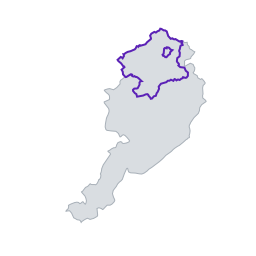 location of Niederösterreich within Austria, rotated 311°
{"feature_id": "AUT-2330", "entity_name": "Niederösterreich", "entity_type": "State", "adm_level": 1, "iso_a3": "AUT", "parent_name": "Austria", "parent_adm1": "", "projection": "mercator", "projection_center": [15.834, 48.226], "detail": "medium", "context": "in_parent", "style": "outline", "palette": "violet", "viewbox_px": 256, "rotation_deg": 311, "n_neighbors": 0, "source": "natural_earth", "source_scale": "10m", "svg_char_len": 5087}
<svg xmlns="http://www.w3.org/2000/svg" viewBox="0 0 256 256"><g transform="rotate(311 128 128)"><path d="M24.6,146.0L26.8,141.2L27.2,138.2L25.3,136.4L24.5,135.9L25.2,135.5L27.9,135.8L29.7,134.8L30.6,133.8L33.0,134.7L36.6,136.6L38.3,137.9L39.0,138.9L39.4,139.7L39.2,141.1L40.0,141.7L41.7,141.9L42.8,142.3L42.5,144.2L42.4,145.7L43.9,145.5L45.9,144.3L47.4,142.2L48.4,140.2L49.1,135.2L49.3,134.8L50.5,135.2L55.3,134.9L57.5,135.9L61.1,136.0L61.1,136.8L61.7,138.0L63.3,139.8L64.0,140.9L65.7,141.1L68.3,140.5L69.8,139.8L70.3,140.3L72.7,139.8L74.7,138.4L75.2,137.3L77.3,136.6L80.2,134.8L84.0,133.5L96.8,132.0L97.3,130.9L97.1,128.4L97.4,128.0L99.0,128.7L101.6,129.3L103.6,130.1L104.8,131.3L106.0,131.4L107.9,130.5L110.4,130.0L112.7,131.2L113.3,132.5L112.9,133.2L113.0,134.3L113.7,135.1L115.6,136.6L118.0,137.8L119.3,137.7L119.7,136.5L120.2,133.6L120.4,130.6L119.8,128.8L118.5,128.4L116.9,128.3L116.1,127.9L116.4,126.9L117.6,124.4L117.6,121.1L114.8,117.3L112.4,113.6L112.4,112.3L113.8,110.1L116.1,108.4L121.1,105.4L122.7,104.8L124.7,104.3L127.7,103.1L129.1,101.9L130.0,100.6L131.4,93.6L131.7,93.3L132.1,92.9L137.2,95.3L137.7,94.9L138.5,94.5L140.2,92.7L140.6,91.3L140.5,88.6L140.7,86.1L141.0,85.3L141.8,85.6L144.0,86.9L145.7,88.3L147.4,92.0L151.2,93.0L156.0,93.1L157.7,91.5L159.3,91.1L161.1,91.6L164.8,92.2L165.2,89.2L167.4,86.1L168.4,85.0L171.1,85.1L171.8,82.8L172.4,76.3L173.0,75.6L175.0,75.7L177.0,76.9L177.6,77.9L178.6,77.8L180.1,77.1L181.6,76.7L184.1,77.4L189.5,80.3L192.2,81.4L194.0,81.2L195.6,81.3L201.9,85.8L206.3,86.4L210.3,86.4L211.6,85.1L213.3,83.9L215.1,84.1L216.7,84.7L219.7,86.6L221.1,87.1L223.0,87.4L224.4,87.9L225.6,91.3L226.2,92.2L226.1,92.6L226.0,94.2L224.9,96.1L223.8,98.6L223.9,100.9L226.8,108.6L229.4,113.3L229.8,115.0L231.5,116.4L229.9,118.1L229.6,120.7L228.6,121.8L228.3,123.2L228.8,124.6L228.8,126.2L229.3,128.5L226.8,129.0L223.8,128.9L222.7,129.0L221.7,129.6L220.7,129.3L217.9,127.2L216.4,126.7L215.3,126.9L214.5,127.8L213.1,129.0L211.8,129.8L212.1,130.5L217.7,132.5L218.7,135.4L217.6,137.8L217.3,138.9L216.0,139.9L214.3,140.7L212.4,140.9L212.2,142.2L212.9,145.9L212.3,146.7L211.7,147.9L212.3,151.0L213.5,151.2L213.7,151.9L213.5,153.2L213.3,154.5L212.9,155.9L212.7,156.6L211.9,157.0L209.4,156.8L207.2,158.0L202.9,162.3L201.4,163.0L199.7,164.7L199.8,168.5L199.6,168.9L199.2,169.6L194.0,168.3L193.8,168.3L190.4,168.8L188.0,170.5L185.1,171.5L179.1,171.0L173.2,171.7L171.8,172.2L170.3,172.5L168.9,173.5L168.1,174.9L166.6,176.7L164.5,178.1L162.3,179.2L161.7,180.1L161.0,180.6L159.7,179.9L158.7,180.0L157.4,179.5L153.3,179.0L148.7,178.2L146.6,177.4L144.1,176.7L141.5,176.2L139.1,176.1L137.9,175.9L132.2,174.5L128.4,174.4L123.5,173.8L113.6,171.7L110.7,170.8L108.0,170.6L104.7,169.8L102.3,168.6L100.7,166.4L99.0,163.4L95.9,159.4L95.3,157.4L96.2,155.7L97.2,154.4L97.1,153.8L96.3,153.6L90.9,155.3L85.6,157.4L83.6,157.4L81.6,157.0L78.9,156.9L76.3,157.5L71.2,157.8L68.2,159.4L66.3,162.4L65.2,164.9L64.4,165.7L62.6,166.0L59.9,165.8L58.0,165.1L56.1,162.9L53.2,162.7L50.4,162.6L49.7,162.2L49.8,160.8L48.7,158.3L46.9,157.4L42.3,162.3L41.0,162.7L37.3,161.4L34.1,159.3L33.7,157.8L33.2,156.5L30.5,155.4L27.1,154.5L26.0,154.6L26.4,153.8L26.8,152.6L26.6,151.6L25.8,150.5L25.3,149.4L25.2,148.4L25.0,147.5L24.8,146.7L24.6,146.0Z" fill="#d9dde1" stroke="#a8b0b8" stroke-width="1"/><path d="M172.6,75.4L176.9,75.9L177.2,77.1L177.1,78.2L179.7,77.7L180.7,76.2L181.0,76.7L182.9,76.9L185.4,77.9L187.4,79.4L191.7,81.5L192.9,81.6L195.4,80.9L195.8,81.8L197.3,82.2L197.0,82.5L197.6,82.5L197.9,83.1L198.5,83.2L198.5,83.6L202.7,86.3L205.2,86.1L210.1,86.9L210.8,86.5L212.2,84.1L214.5,83.7L217.8,84.8L218.3,86.4L218.7,86.6L220.2,86.7L222.1,87.7L224.1,87.2L224.7,88.2L225.1,90.9L226.0,92.0L226.3,93.9L223.8,98.0L223.3,101.7L224.9,102.8L224.8,103.8L225.3,104.8L226.3,105.5L227.0,110.1L228.8,111.3L229.2,112.1L228.4,112.6L227.4,112.3L227.1,112.7L227.0,114.2L226.5,114.8L224.8,113.7L224.2,113.8L221.4,115.4L220.2,115.7L219.5,116.3L218.8,117.8L215.9,119.9L213.1,119.3L210.5,121.0L210.1,121.8L209.8,124.2L209.2,124.9L208.2,125.0L208.2,127.5L210.6,131.0L209.1,134.0L209.2,136.8L206.6,139.0L204.4,139.1L203.4,138.3L202.5,136.2L201.4,136.6L200.3,135.9L198.1,135.5L197.4,133.9L195.7,133.3L195.8,131.9L195.4,131.0L193.4,131.3L192.6,128.7L190.9,128.3L189.7,127.0L187.8,126.9L183.0,123.8L179.4,124.0L178.0,125.7L174.7,126.7L173.0,126.8L170.6,127.9L168.8,126.7L166.0,126.8L165.0,126.0L165.5,125.0L165.9,122.1L166.4,121.4L166.2,120.3L164.8,119.2L162.5,118.2L157.6,114.3L159.1,112.0L158.8,110.3L159.3,107.5L160.2,106.7L161.9,106.9L163.4,108.6L164.4,109.2L168.3,108.3L169.9,106.8L171.6,106.8L172.3,107.5L172.5,103.1L172.2,101.0L171.6,100.3L171.4,98.9L170.7,98.7L170.0,97.4L170.1,96.3L170.9,96.2L170.9,95.6L170.3,94.8L165.4,93.3L164.8,92.7L165.2,89.1L167.1,87.0L167.8,84.9L171.6,85.4L171.9,84.7L171.5,83.8L172.3,80.4L172.2,76.8L172.6,75.4ZM213.5,104.9L212.5,103.3L211.6,103.2L207.4,106.2L206.0,106.0L205.5,106.9L206.1,108.4L205.9,109.6L206.7,110.6L209.8,110.6L210.9,111.1L211.5,111.1L212.7,110.1L215.9,110.4L215.1,108.6L215.5,106.5L215.0,105.2L214.3,104.3L213.5,104.9Z" fill="none" stroke="#5b21b6" stroke-width="2"/></g></svg>